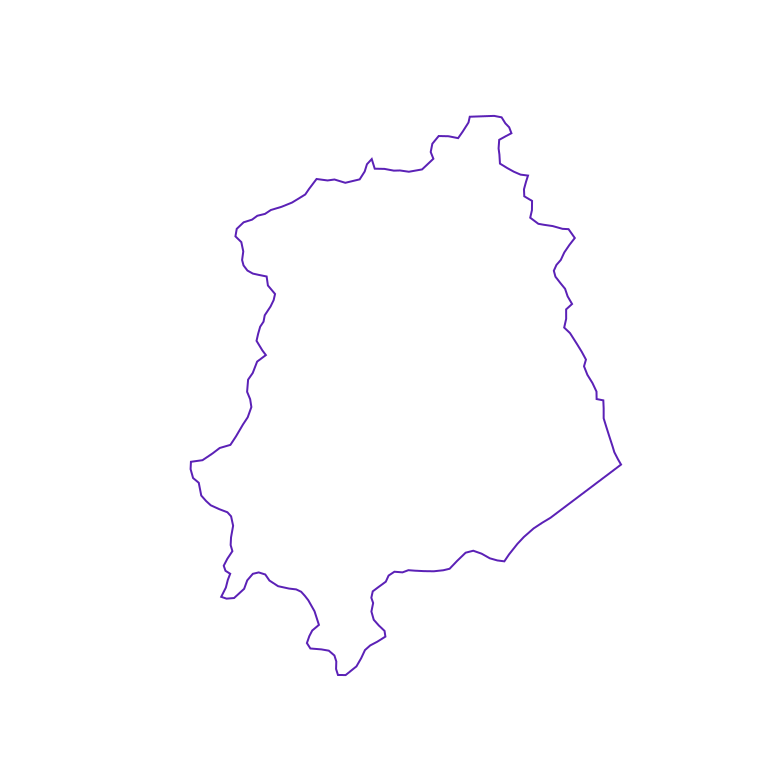 the district of Espírito Santo do Pinhal, São Paulo, Brazil, rotated 230°
{"feature_id": "56859067B52786293582727", "entity_name": "Espírito Santo do Pinhal", "entity_type": "district", "adm_level": 2, "iso_a3": "BRA", "parent_name": "Brazil", "parent_adm1": "São Paulo", "projection": "robinson", "projection_center": [-46.789, -22.186], "detail": "fine", "context": "isolated", "style": "outline", "palette": "violet", "viewbox_px": 768, "rotation_deg": 230, "n_neighbors": 0, "source": "geoboundaries", "source_scale": "gbopen_adm2", "svg_char_len": 2686}
<svg xmlns="http://www.w3.org/2000/svg" viewBox="0 0 768 768"><g transform="rotate(230 384 384)"><path d="M592.6,365.1L584.4,365.9L576.0,361.4L570.2,355.0L565.1,352.6L558.7,352.3L552.9,354.5L548.2,358.1L541.8,363.2L534.1,358.4L523.0,358.4L519.2,353.4L516.3,346.9L513.3,336.8L509.2,331.8L507.5,326.0L503.4,319.9L499.0,314.1L487.9,312.4L482.1,312.1L482.7,301.2L476.8,290.5L474.7,282.7L466.0,274.1L458.4,271.7L451.6,267.6L446.1,258.2L443.7,250.1L439.0,236.9L436.1,227.2L440.6,217.0L441.0,208.2L442.3,196.0L448.5,186.1L443.1,181.1L434.7,177.3L427.4,178.6L416.0,172.3L408.7,172.5L402.5,173.3L394.1,177.3L386.4,181.6L380.9,181.8L372.4,177.3L364.8,168.2L359.2,163.0L353.4,160.4L350.8,151.6L347.8,144.4L342.8,142.5L337.5,144.2L334.3,138.4L329.7,132.0L325.6,122.5L320.8,125.4L316.4,131.6L317.0,145.2L321.5,153.0L322.9,161.5L320.2,166.9L314.4,170.6L307.1,169.9L297.2,172.9L288.4,179.7L283.1,184.7L278.1,187.0L272.5,187.2L267.0,187.0L254.6,184.7L241.3,179.3L241.3,170.6L238.9,164.8L235.1,158.4L228.7,157.6L221.0,165.4L215.2,170.3L207.9,171.5L202.1,169.1L196.5,164.1L190.7,161.7L185.7,167.5L185.4,181.4L188.6,190.2L192.4,198.4L192.6,205.4L190.9,213.2L189.6,222.7L194.5,225.7L202.4,224.8L210.0,224.6L217.8,228.1L223.2,234.9L228.4,236.9L232.4,242.1L232.0,249.4L231.4,258.3L234.3,264.4L233.5,271.3L227.8,277.1L225.7,283.0L221.1,287.7L214.9,294.4L208.5,301.8L203.2,309.7L200.3,315.5L201.5,326.4L202.3,338.1L198.9,345.2L191.3,349.7L182.5,353.0L176.0,357.4L170.8,362.2L173.1,370.3L175.8,383.5L176.9,392.7L177.2,405.8L176.0,416.1L174.5,425.6L169.9,513.8L176.2,514.9L183.7,516.6L189.3,519.0L199.2,523.0L208.2,526.7L216.5,530.2L224.0,536.5L230.5,541.5L235.8,537.2L241.6,541.9L250.7,544.3L260.3,545.7L269.0,548.6L272.9,554.4L281.7,556.2L290.5,557.5L303.4,559.2L311.4,558.3L316.8,565.4L324.1,571.5L324.4,579.5L333.1,581.0L340.5,583.9L348.1,584.0L356.0,584.3L361.6,586.9L364.4,592.7L365.4,599.2L368.9,606.7L371.4,615.6L373.2,624.0L384.0,624.9L388.1,620.5L396.6,614.7L403.1,608.9L407.5,605.2L417.4,602.9L422.1,609.1L429.1,615.1L437.6,612.1L443.2,616.4L447.7,622.9L451.1,628.3L456.6,623.2L463.2,619.9L470.5,617.1L478.3,614.5L485.6,619.9L490.8,623.2L497.0,629.2L495.5,636.8L494.2,642.8L500.2,644.9L505.6,644.5L512.7,645.5L518.6,640.7L524.7,632.9L533.6,621.5L530.0,616.8L526.7,606.3L524.7,598.8L532.3,592.7L538.8,585.3L537.0,575.5L531.7,568.9L524.8,566.6L523.9,551.1L530.6,539.5L537.3,533.5L541.1,528.7L548.5,522.6L554.9,515.3L564.2,519.2L563.3,512.2L559.2,505.8L556.4,496.9L563.0,483.7L572.5,477.5L576.2,471.6L584.4,464.1L581.6,451.9L579.8,445.5L582.1,430.2L585.6,419.4L590.0,409.2L590.8,402.2L594.3,395.1L594.7,388.6L598.1,380.4L597.5,370.9L592.6,365.1Z" fill="none" stroke="#5b21b6" stroke-width="2"/></g></svg>